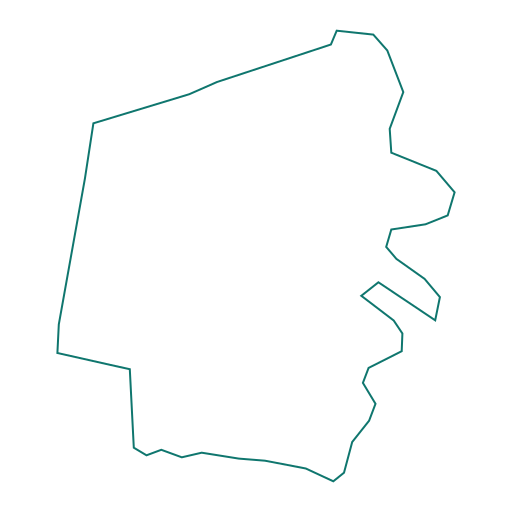 the district of Carlos Gomes, Rio Grande do Sul, Brazil
{"feature_id": "56859067B78696216867295", "entity_name": "Carlos Gomes", "entity_type": "district", "adm_level": 2, "iso_a3": "BRA", "parent_name": "Brazil", "parent_adm1": "Rio Grande do Sul", "projection": "robinson", "projection_center": [-51.914, -27.704], "detail": "fine", "context": "isolated", "style": "outline", "palette": "teal", "viewbox_px": 512, "rotation_deg": 0, "n_neighbors": 0, "source": "geoboundaries", "source_scale": "gbopen_adm2", "svg_char_len": 667}
<svg xmlns="http://www.w3.org/2000/svg" viewBox="0 0 512 512"><path d="M373.3,34.6L336.7,30.7L330.9,44.5L217.0,82.0L189.3,94.2L93.4,123.3L84.9,178.7L58.8,324.4L57.4,353.0L110.7,365.0L129.8,369.2L133.8,447.7L146.5,455.3L161.3,449.8L181.8,457.3L201.7,452.7L238.8,458.6L265.0,460.7L305.8,468.5L333.3,481.3L344.0,472.7L352.2,442.0L369.1,420.7L375.5,403.8L362.9,382.9L368.6,367.9L401.7,351.2L402.4,333.5L393.7,320.5L361.3,295.8L378.4,282.3L435.2,320.3L439.9,297.1L424.6,278.9L396.4,258.9L386.2,246.9L391.3,229.5L425.5,224.3L447.7,215.4L454.6,192.3L436.4,170.9L391.3,152.7L389.7,128.8L403.3,92.1L387.3,50.5L373.3,34.6Z" fill="none" stroke="#0f766e" stroke-width="2"/></svg>